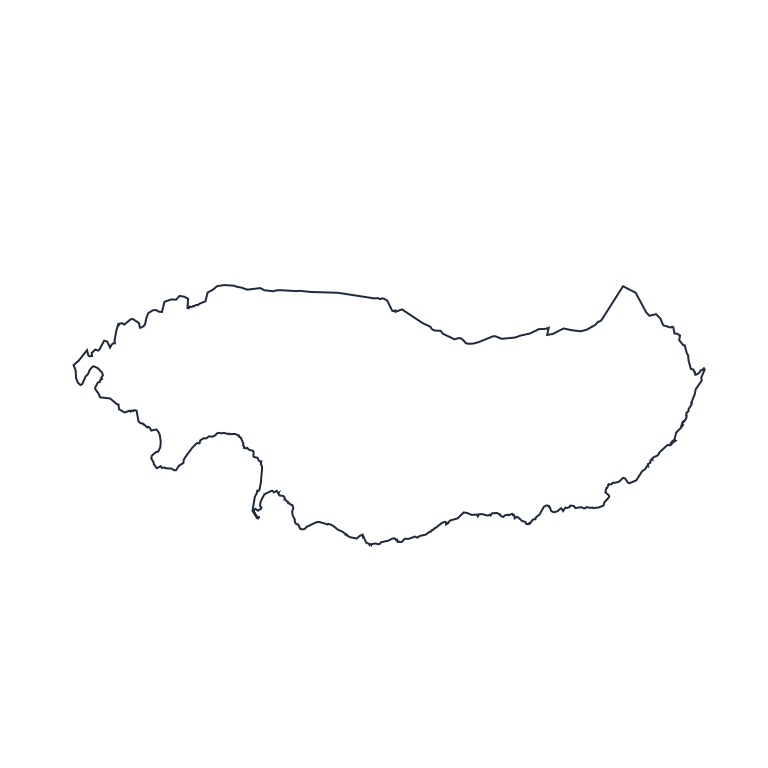 Svelvik nor, Vestfold, Norway, rotated 108°
{"feature_id": "86288312B37991214799587", "entity_name": "Svelvik nor", "entity_type": "district", "adm_level": 2, "iso_a3": "NOR", "parent_name": "Norway", "parent_adm1": "Vestfold", "projection": "natural_earth1", "projection_center": [10.357, 59.613], "detail": "fine", "context": "isolated", "style": "outline", "palette": "slate", "viewbox_px": 768, "rotation_deg": 108, "n_neighbors": 0, "source": "geoboundaries", "source_scale": "gbopen_adm2", "svg_char_len": 6103}
<svg xmlns="http://www.w3.org/2000/svg" viewBox="0 0 768 768"><g transform="rotate(108 384 384)"><path d="M462.0,685.1L466.1,681.6L473.6,678.6L477.3,675.6L478.8,672.4L477.4,671.0L468.9,670.1L466.1,668.6L461.4,668.2L457.4,666.4L456.8,665.4L457.4,661.0L460.2,655.8L462.5,654.0L465.6,654.8L466.4,653.8L467.6,655.1L469.8,654.9L471.1,656.6L476.7,657.6L478.1,657.0L481.2,652.8L484.4,649.9L482.4,640.1L485.8,631.5L485.5,630.2L489.9,628.2L491.2,621.8L488.1,617.9L488.6,616.5L487.3,615.9L487.3,614.2L486.0,613.6L485.8,611.1L495.6,605.8L496.6,603.3L496.2,602.7L496.2,601.2L496.9,600.4L496.5,600.0L498.5,595.7L497.4,594.9L498.2,593.0L500.2,591.0L497.6,586.4L499.0,584.1L501.7,581.5L508.1,578.4L513.6,577.2L518.1,577.9L519.2,579.9L524.0,582.7L526.7,582.4L529.7,578.9L531.2,578.3L534.1,574.4L534.2,573.8L531.2,571.0L532.4,569.2L531.3,567.1L531.5,565.0L530.1,560.0L530.9,556.9L530.2,555.1L525.1,553.8L521.1,550.4L517.9,551.0L515.3,550.5L504.3,546.8L499.0,544.3L497.6,543.0L497.7,541.6L496.8,541.0L494.5,541.4L491.3,538.7L490.7,536.3L487.7,534.1L487.3,531.2L485.0,528.6L482.5,527.6L481.4,525.7L481.2,523.4L479.9,521.1L479.8,517.4L479.1,515.8L479.5,515.6L477.6,510.4L477.7,507.7L478.2,507.0L477.8,506.2L479.2,505.0L479.1,503.8L484.3,499.2L485.8,499.2L486.8,497.5L488.0,497.5L487.9,495.4L487.0,494.3L488.1,492.5L488.1,487.8L489.5,486.8L493.1,485.9L493.7,484.7L493.2,481.5L495.3,479.6L496.2,477.6L495.6,476.8L498.2,476.3L500.3,474.4L502.2,473.8L516.7,470.5L522.8,469.8L524.4,470.2L524.7,471.6L526.9,471.2L531.2,472.0L545.2,469.9L550.8,463.4L550.8,462.2L548.3,461.4L550.5,462.6L544.9,468.9L542.4,467.8L543.4,464.7L540.7,462.6L540.4,463.1L540.5,462.5L539.3,462.4L538.7,463.9L537.7,464.4L533.8,465.0L525.9,463.7L520.5,458.2L520.1,457.0L521.1,455.2L518.7,453.0L520.6,451.0L520.1,450.6L520.8,450.7L522.3,448.9L521.6,445.2L522.5,443.6L524.7,442.8L524.3,442.2L525.7,440.1L525.7,439.1L527.1,438.2L526.8,436.7L527.5,435.6L527.5,433.8L529.8,432.0L534.1,431.9L537.1,430.2L540.7,426.8L542.5,426.4L544.3,424.2L544.1,422.2L547.8,418.7L547.2,416.0L546.1,414.5L543.7,413.4L536.1,405.3L535.2,402.5L535.0,394.1L534.3,393.8L534.1,392.3L534.7,388.2L536.8,382.9L537.3,378.0L538.5,374.2L539.1,374.1L538.8,372.8L539.4,372.7L540.2,368.9L539.4,362.2L535.8,360.0L534.0,357.9L535.7,357.0L535.0,356.8L540.3,352.0L540.8,348.3L541.4,348.0L540.6,347.6L540.3,346.7L540.8,346.3L540.1,346.2L538.3,342.9L538.2,339.9L537.1,338.4L535.5,338.0L531.5,331.3L528.4,328.3L527.5,325.9L528.8,324.3L528.0,323.4L530.0,322.2L529.2,321.1L529.4,320.2L528.6,318.2L524.7,316.4L523.8,312.9L519.5,307.3L519.8,304.8L517.4,302.9L514.3,297.7L510.5,295.0L510.1,293.9L508.0,293.2L507.7,292.3L505.6,291.5L505.3,290.7L498.2,285.9L496.3,283.5L496.8,282.1L498.4,281.6L497.9,281.0L496.5,281.5L496.4,280.0L493.5,279.1L489.1,272.5L481.5,268.5L481.0,264.9L481.4,260.1L479.4,255.2L480.9,253.9L478.5,253.3L477.4,250.4L477.1,244.7L475.7,243.1L476.2,242.1L473.5,241.1L471.8,236.8L472.2,233.3L472.8,233.2L473.7,230.6L473.5,229.4L471.7,228.6L470.1,226.1L470.5,225.3L467.9,221.9L468.7,221.1L468.2,220.8L468.5,219.7L471.4,218.2L469.3,216.6L469.3,215.6L471.5,210.5L471.6,206.6L473.0,205.7L472.9,204.0L471.4,202.8L471.9,202.2L466.9,200.5L465.8,198.2L464.4,198.5L459.9,195.7L451.7,194.1L449.7,192.5L449.1,191.4L449.1,189.9L449.8,189.4L449.3,188.9L453.2,185.6L453.5,182.8L451.4,179.7L447.6,177.4L447.4,176.8L449.5,174.5L445.4,173.2L445.5,171.8L443.7,169.4L442.4,169.5L441.6,167.8L441.5,165.4L442.9,163.7L440.1,158.2L440.6,156.0L440.1,154.4L438.6,153.4L437.9,149.0L437.1,147.7L437.4,147.0L435.4,142.2L431.9,137.7L428.5,137.8L421.9,134.9L420.4,135.7L418.6,140.0L414.2,140.4L413.8,139.6L409.9,139.5L410.0,138.3L408.7,136.3L407.6,136.3L406.9,135.3L406.7,133.9L404.4,130.4L399.5,127.7L399.3,125.6L402.5,121.3L402.5,119.9L397.7,114.3L387.3,111.6L384.2,109.3L380.9,108.4L380.8,107.2L378.7,108.3L376.5,106.3L375.2,107.0L373.0,106.4L373.1,105.4L372.3,105.9L370.2,104.8L367.3,101.6L363.6,100.7L355.5,96.2L354.2,95.2L354.2,93.9L352.4,92.8L353.1,92.3L352.4,91.8L351.5,91.8L352.2,92.9L351.6,92.9L349.4,92.1L349.9,90.8L347.7,89.1L347.5,89.8L348.5,90.6L347.8,91.1L346.9,90.6L339.9,91.1L333.6,87.9L332.1,87.5L332.6,88.2L331.5,88.4L330.2,87.2L329.2,88.4L328.0,88.3L326.4,87.3L326.8,87.0L323.8,86.0L321.2,86.2L320.8,86.9L319.9,86.6L318.3,87.5L315.6,86.0L313.8,86.6L308.6,85.2L307.0,85.3L307.0,86.0L298.0,85.3L292.6,85.9L282.6,82.9L279.8,84.2L271.1,83.5L270.2,84.6L272.7,86.0L273.0,86.9L276.1,87.7L278.9,90.3L278.9,91.0L276.6,91.9L276.6,92.7L274.6,94.2L274.9,96.8L267.7,101.5L262.8,103.6L261.1,105.5L254.3,110.0L254.7,111.3L251.1,116.8L246.4,117.5L245.6,120.6L246.2,123.4L240.7,126.3L240.4,127.7L241.7,128.8L241.9,136.6L236.4,141.3L233.5,146.8L237.1,152.7L235.0,156.6L219.4,172.9L217.2,186.9L255.7,196.8L258.0,198.3L258.7,199.7L262.3,201.2L269.6,207.8L273.1,213.2L274.8,221.8L275.7,230.4L284.3,239.0L286.9,244.0L279.6,244.7L281.6,247.3L284.0,253.7L290.8,260.7L295.8,269.2L299.3,273.7L304.6,285.9L304.2,292.5L304.8,294.9L314.9,306.9L317.6,310.9L319.4,315.1L320.0,318.7L317.9,322.0L316.8,325.2L317.5,327.7L319.7,330.6L318.0,343.4L315.9,346.6L317.4,351.9L317.3,354.8L315.2,357.7L314.2,365.8L307.5,390.0L311.8,395.4L310.6,395.9L311.8,397.8L311.8,398.8L303.6,406.8L302.9,410.6L303.3,412.6L304.2,413.4L304.6,414.9L304.1,416.0L305.6,419.8L311.5,456.1L319.0,481.7L321.4,492.9L322.7,495.9L326.8,511.5L328.2,515.3L330.0,517.9L331.8,526.7L331.0,531.3L336.5,543.1L336.4,549.3L337.1,555.3L336.7,556.4L339.3,566.6L342.5,572.9L347.4,576.0L351.5,580.0L360.6,579.4L364.8,584.5L366.1,585.0L367.3,587.7L368.8,588.5L368.8,589.6L370.4,590.8L370.4,592.8L372.4,593.1L372.4,594.4L363.5,596.7L362.7,600.9L363.4,605.7L368.0,607.7L369.3,612.4L373.6,618.2L384.1,617.4L384.8,620.7L384.1,623.4L385.0,626.2L389.2,630.0L395.0,630.4L400.7,629.7L403.1,630.4L405.2,632.2L405.9,633.5L401.8,635.9L399.8,643.0L400.7,644.9L407.8,649.4L407.1,651.8L408.3,654.1L410.1,654.5L409.6,655.2L415.7,655.1L426.5,653.6L428.4,652.5L428.8,653.9L430.8,655.2L434.0,655.8L429.1,660.4L429.2,663.5L439.5,665.4L440.6,666.3L440.5,669.3L445.0,671.6L447.5,670.3L448.7,672.7L448.1,674.1L443.6,676.9L456.5,681.7L462.0,685.1Z" fill="none" stroke="#1e293b" stroke-width="2"/></g></svg>